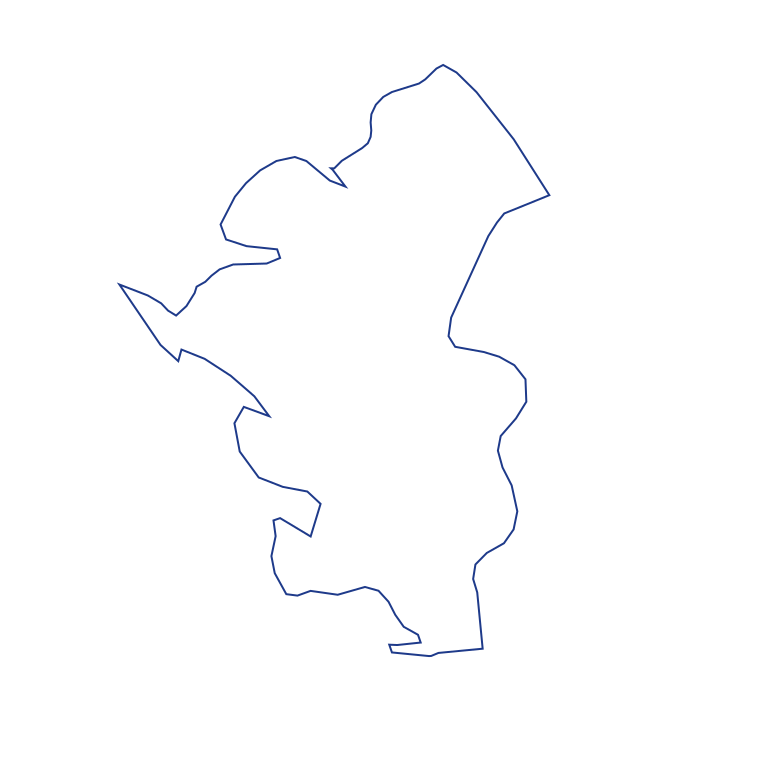 the Province of Hải Phòng, rotated 161°
{"feature_id": "VNM-4600", "entity_name": "Hải Phòng", "entity_type": "Province", "adm_level": 1, "iso_a3": "VNM", "parent_name": "Vietnam", "parent_adm1": "", "projection": "natural_earth1", "projection_center": [106.633, 20.813], "detail": "fine", "context": "isolated", "style": "outline", "palette": "blue", "viewbox_px": 768, "rotation_deg": 161, "n_neighbors": 0, "source": "natural_earth", "source_scale": "10m", "svg_char_len": 1474}
<svg xmlns="http://www.w3.org/2000/svg" viewBox="0 0 768 768"><g transform="rotate(161 384 384)"><path d="M427.9,111.5L430.0,112.1L463.9,127.6L463.9,135.8L456.5,132.9L433.5,127.6L433.5,135.8L444.4,148.0L448.5,162.1L450.6,176.6L456.5,190.3L468.1,198.3L496.4,199.8L520.8,212.3L534.7,212.1L544.8,217.1L548.9,240.7L546.5,257.9L536.0,275.4L532.9,291.0L525.9,291.0L503.0,263.7L483.0,291.3L491.5,307.3L513.2,319.7L532.9,336.4L542.4,367.1L538.2,395.6L524.0,408.0L503.0,390.9L510.6,414.6L526.2,441.6L545.4,466.2L564.3,482.5L571.1,472.6L582.6,493.7L601.8,564.2L578.5,544.6L568.4,532.8L564.3,523.7L558.3,516.4L545.4,522.0L533.4,531.7L529.5,537.0L519.7,538.8L511.8,542.6L502.1,545.9L487.7,546.1L455.7,536.1L441.2,537.0L441.2,546.1L469.1,559.1L486.3,572.1L486.6,588.0L464.0,609.6L449.1,618.8L431.6,626.3L413.1,629.9L394.5,627.7L384.8,620.1L369.0,594.0L356.2,583.2L362.8,603.3L363.9,605.2L360.8,604.1L351.2,608.8L327.9,614.2L320.9,616.9L316.2,622.0L313.5,627.8L311.5,635.6L308.1,643.2L300.8,650.7L291.2,655.7L281.4,657.5L253.1,656.7L245.8,658.6L231.7,665.2L224.2,666.4L214.0,654.9L201.5,629.8L181.7,573.2L166.2,508.7L214.8,506.1L224.6,499.9L237.2,489.9L298.9,424.9L307.4,408.2L304.6,396.0L279.3,381.8L266.2,372.3L254.6,359.3L248.7,342.4L255.2,320.9L270.4,308.5L290.6,296.8L298.0,283.9L299.1,266.5L296.3,246.6L299.4,220.2L308.8,204.3L322.4,194.4L341.8,190.8L356.3,183.6L363.2,170.6L363.7,156.6L376.9,101.6L420.1,112.0L427.9,111.5Z" fill="none" stroke="#1e3a8a" stroke-width="2"/></g></svg>